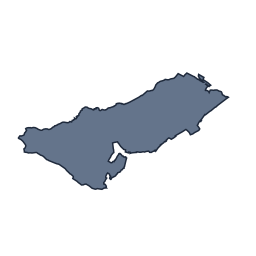 Deleni, Iasi, Romania, rotated 334°
{"feature_id": "2599482B9062650452312", "entity_name": "Deleni", "entity_type": "district", "adm_level": 2, "iso_a3": "ROU", "parent_name": "Romania", "parent_adm1": "Iasi", "projection": "orthographic", "projection_center": [26.854, 47.467], "detail": "fine", "context": "isolated", "style": "filled", "palette": "slate", "viewbox_px": 256, "rotation_deg": 334, "n_neighbors": 0, "source": "geoboundaries", "source_scale": "gbopen_adm2", "svg_char_len": 5769}
<svg xmlns="http://www.w3.org/2000/svg" viewBox="0 0 256 256"><g transform="rotate(334 128 128)"><path d="M79.2,171.6L79.7,171.5L81.0,171.8L81.8,172.2L82.3,172.4L82.1,171.8L82.4,171.8L82.6,171.3L83.0,170.8L82.8,170.5L82.9,170.1L82.9,169.3L82.5,168.2L82.0,168.2L81.8,168.1L81.8,167.5L82.1,166.7L82.3,166.4L84.0,165.7L84.9,164.8L86.9,163.7L86.3,162.8L86.8,161.7L88.5,160.3L89.9,159.5L90.4,160.1L91.1,161.3L90.9,161.8L91.0,162.2L90.8,162.6L91.3,163.7L91.1,164.1L90.1,164.2L90.0,165.0L89.5,165.2L89.7,166.5L90.2,166.7L90.8,166.1L92.0,165.6L92.8,165.7L94.2,165.5L94.5,165.7L96.0,165.5L96.2,165.3L96.5,165.2L97.2,164.7L97.8,164.7L98.4,164.2L99.0,164.0L99.2,163.7L100.8,164.0L101.3,163.8L102.0,164.0L102.6,163.4L103.7,162.7L104.6,163.0L105.7,162.2L106.2,162.2L106.8,162.4L107.1,161.7L108.0,161.1L108.0,160.8L108.5,160.4L112.3,155.8L113.6,154.4L113.0,153.6L113.3,153.4L113.3,153.0L112.6,152.6L112.2,152.6L111.3,151.9L111.4,151.3L111.3,151.0L110.5,150.5L110.4,149.3L109.9,147.8L109.7,147.5L109.4,147.8L109.0,147.2L108.6,147.1L108.5,147.3L108.4,147.3L107.3,148.1L105.9,148.8L104.4,150.0L102.2,151.4L101.9,151.2L101.6,151.5L100.9,151.9L100.7,152.1L100.1,151.5L99.6,151.6L98.7,152.1L97.5,151.8L95.7,149.2L97.1,148.0L100.0,146.2L100.3,145.7L101.2,145.1L103.5,144.0L104.4,143.9L104.6,143.7L104.9,142.7L105.5,141.3L105.7,140.2L107.6,134.7L109.0,134.9L112.5,135.8L112.6,136.3L112.5,136.9L112.9,137.9L113.0,139.4L113.3,140.4L113.3,141.2L114.1,143.5L114.5,144.5L114.7,145.0L114.7,145.3L116.2,146.6L115.2,148.3L115.5,148.4L115.4,148.6L117.4,150.5L118.0,149.9L119.3,150.8L118.7,151.7L120.5,152.0L122.7,152.8L124.9,153.7L125.1,153.3L125.5,153.6L125.9,153.5L128.1,155.1L129.9,155.7L131.1,155.9L132.4,156.9L133.8,157.0L136.3,157.8L136.7,158.4L136.7,159.1L136.7,159.3L138.1,160.1L140.6,160.0L141.8,160.4L142.1,159.8L143.0,160.0L142.9,160.9L146.4,159.0L149.6,157.9L149.6,157.4L150.7,157.2L150.8,157.5L152.2,157.1L153.6,156.9L154.9,156.2L155.4,156.7L156.6,156.6L157.1,156.3L157.2,156.1L157.0,155.7L160.0,154.8L160.7,155.1L162.0,157.1L164.7,156.9L167.3,156.4L167.1,155.8L168.4,155.6L175.1,155.2L179.4,154.7L180.1,156.1L181.0,158.6L181.1,159.3L181.1,161.4L183.7,161.7L185.9,161.3L190.4,161.2L190.9,161.0L191.9,160.4L191.9,160.0L192.1,159.9L191.7,157.2L191.5,156.6L191.5,155.9L192.5,155.4L193.8,154.2L194.7,153.8L195.3,153.3L195.9,153.9L196.2,154.1L197.1,153.5L196.5,153.2L197.3,152.5L198.0,152.3L203.0,149.6L203.3,150.1L208.8,148.9L210.3,148.8L215.4,147.5L216.0,147.7L218.7,146.9L229.2,144.8L231.7,144.4L231.3,143.7L230.5,143.0L229.4,142.8L229.1,142.0L228.6,141.5L228.5,140.8L227.4,139.5L227.7,138.1L227.8,136.8L227.7,136.3L227.1,135.6L226.0,134.7L225.3,133.7L224.7,132.9L223.6,132.3L222.8,132.1L222.4,131.8L221.7,131.8L219.7,130.5L218.5,130.0L216.5,131.7L216.5,130.9L216.1,129.7L214.9,128.5L214.1,128.2L214.1,127.9L215.4,126.8L216.3,126.2L218.3,125.4L217.0,122.7L217.4,122.6L219.0,126.2L219.8,125.8L219.9,126.0L221.1,125.8L220.5,124.5L219.6,122.3L216.7,117.4L218.4,115.8L215.0,110.8L214.0,112.2L214.1,112.7L214.0,114.4L214.8,116.9L215.9,118.2L215.4,118.9L216.0,120.0L215.6,119.9L214.2,117.8L213.4,116.8L212.7,115.3L212.3,114.8L211.8,114.7L211.7,114.5L211.5,113.5L211.0,112.7L210.5,112.1L210.3,111.1L209.5,110.4L205.0,104.4L202.3,105.2L200.6,106.1L196.9,101.1L192.9,103.0L191.7,103.2L191.1,103.5L188.0,102.6L185.9,102.5L184.7,102.0L182.7,100.6L182.3,100.8L181.5,100.9L180.8,100.7L180.3,100.8L177.4,100.2L175.3,100.5L174.4,100.4L171.7,101.6L170.8,102.6L168.5,104.3L167.2,104.8L166.2,104.9L165.8,104.6L163.1,104.1L161.6,103.2L155.0,105.0L154.5,104.6L151.2,105.1L140.8,105.5L137.7,105.4L136.8,105.1L136.6,105.3L136.3,105.3L135.4,105.0L134.9,105.1L134.8,104.9L134.3,104.8L134.1,104.3L133.8,104.2L133.4,103.5L133.2,103.3L132.8,103.4L132.7,103.1L132.4,102.7L131.9,102.5L131.0,101.8L130.6,101.8L130.0,101.4L129.8,101.6L128.2,101.0L127.3,102.0L125.5,102.3L125.0,102.4L125.0,102.2L123.6,102.3L122.0,102.0L121.0,102.0L119.7,101.5L118.5,101.4L116.7,102.0L115.9,101.8L115.6,101.9L114.5,101.4L113.5,100.6L113.1,100.1L112.7,100.0L111.6,100.2L110.7,100.2L110.2,99.8L110.0,99.5L110.3,97.4L109.6,96.4L108.4,95.9L108.1,96.2L107.9,96.6L107.5,96.2L107.3,96.4L106.8,96.2L106.8,96.5L106.3,96.5L105.7,96.1L105.3,96.7L105.0,96.7L104.3,96.0L103.5,94.8L102.7,94.1L101.4,93.2L101.0,92.6L100.4,91.4L99.0,90.5L98.5,90.4L97.5,90.6L95.2,90.7L94.6,91.8L93.9,91.6L93.4,91.8L93.1,92.0L92.6,92.0L91.8,93.1L91.1,93.2L89.9,93.9L89.5,94.9L89.2,95.1L88.8,95.3L87.8,94.9L86.6,95.1L86.6,95.6L87.4,95.6L86.5,96.4L86.1,96.4L85.5,96.9L84.6,96.2L84.5,95.9L84.3,95.6L84.1,96.2L84.0,96.8L83.4,96.9L82.9,96.7L82.2,97.1L81.3,96.7L80.0,97.8L79.1,97.2L78.7,96.7L77.2,97.1L75.9,96.7L72.9,94.6L71.5,94.1L68.7,94.3L66.8,94.0L65.9,94.3L64.8,94.1L64.1,94.3L63.4,94.0L63.0,93.9L62.2,94.4L60.6,94.3L58.9,94.9L57.2,94.9L56.4,94.7L55.7,94.3L55.1,93.5L53.5,92.6L51.6,92.1L49.7,92.3L48.7,91.9L46.8,89.9L45.9,88.4L44.6,86.9L43.1,86.0L41.3,85.6L40.8,85.4L40.3,84.8L39.7,84.7L39.4,84.4L39.0,84.2L37.5,83.7L36.4,83.6L35.7,83.8L35.7,84.8L35.9,85.5L33.8,86.9L33.4,86.9L32.6,87.4L32.0,88.2L31.6,88.6L30.6,88.7L28.4,88.4L27.5,87.7L27.3,87.7L25.9,88.5L25.5,88.6L25.1,89.0L25.2,89.5L26.7,91.4L27.5,93.3L27.8,94.2L28.5,98.2L28.3,99.3L27.5,100.2L26.4,101.0L25.5,101.0L25.2,101.4L24.7,103.4L24.3,104.1L25.4,105.0L26.4,105.6L27.6,106.8L29.0,107.3L30.8,108.4L34.7,109.7L35.3,110.2L35.9,111.5L36.9,112.9L37.4,113.9L39.0,115.5L40.1,117.9L40.3,118.8L41.1,120.8L42.0,121.6L42.4,122.4L46.8,127.3L48.6,129.2L49.6,129.9L50.2,130.6L53.7,136.9L54.1,138.7L54.3,139.6L54.9,140.9L55.1,141.9L55.5,142.6L55.7,143.6L56.5,144.7L57.4,146.9L57.5,147.7L57.4,148.1L56.2,149.2L58.8,153.5L59.5,155.4L60.6,157.4L61.2,158.8L62.9,159.5L64.0,159.5L65.7,160.0L67.8,163.1L69.3,166.4L71.7,168.6L72.5,168.9L73.8,169.0L77.7,171.7L79.2,171.6Z" fill="#64748b" stroke="#1e293b" stroke-width="1.5"/></g></svg>